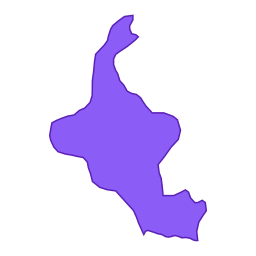 Changdo, Kangwŏn-do, North Korea
{"feature_id": "82179303B43918374415643", "entity_name": "Changdo", "entity_type": "district", "adm_level": 2, "iso_a3": "PRK", "parent_name": "North Korea", "parent_adm1": "Kangwŏn-do", "projection": "equal_earth", "projection_center": [127.856, 38.569], "detail": "fine", "context": "isolated", "style": "filled", "palette": "violet", "viewbox_px": 256, "rotation_deg": 0, "n_neighbors": 0, "source": "geoboundaries", "source_scale": "gbopen_adm2", "svg_char_len": 1576}
<svg xmlns="http://www.w3.org/2000/svg" viewBox="0 0 256 256"><path d="M132.9,15.4L124.5,16.5L118.2,21.0L112.8,25.6L110.7,29.0L108.5,35.9L107.5,40.5L104.3,45.1L100.0,49.6L95.7,54.2L94.6,61.1L93.5,72.6L92.4,80.6L92.3,88.6L92.2,95.5L90.1,102.4L84.7,108.1L79.4,110.4L74.1,115.0L67.8,116.1L61.4,118.4L56.1,120.6L55.1,121.2L51.9,122.9L50.8,128.7L49.7,135.6L49.9,136.5L50.7,140.2L53.8,147.0L58.0,151.7L65.3,154.0L71.7,155.1L76.9,156.3L83.2,157.5L87.4,162.1L88.4,167.8L90.5,173.6L92.5,181.6L99.9,187.4L107.2,189.7L115.7,190.9L123.0,198.9L128.2,204.7L133.5,210.5L136.6,217.4L138.6,223.1L143.8,234.5L145.4,231.5L146.4,230.9L147.0,230.5L148.6,230.6L154.8,232.6L157.9,233.8L158.6,233.9L160.1,234.1L162.7,234.9L163.7,235.5L165.3,236.5L168.6,237.1L169.2,236.9L171.1,236.6L174.7,235.5L175.8,235.8L177.6,236.1L180.9,237.4L181.8,237.8L186.1,237.5L186.8,237.7L189.7,238.1L193.3,239.9L194.3,240.3L196.8,240.6L197.7,240.5L196.7,231.3L198.8,222.1L203.1,215.3L206.3,210.7L205.3,202.6L202.2,200.3L197.9,202.6L194.8,202.6L190.6,198.0L188.5,192.2L185.4,189.9L181.1,192.2L173.7,195.6L168.4,195.6L163.1,195.6L162.2,186.4L161.2,178.4L159.1,172.6L158.1,164.6L164.5,156.5L170.9,147.4L178.3,139.4L180.5,130.2L177.4,119.8L173.2,116.4L163.8,112.9L158.5,112.9L152.2,112.9L145.9,106.0L142.8,101.4L140.7,97.9L136.5,94.5L131.2,93.3L127.1,91.0L123.9,85.3L119.8,80.7L117.7,73.8L115.6,70.3L113.6,64.6L113.6,58.9L115.8,54.3L118.9,52.0L127.4,46.3L131.7,42.9L135.9,39.4L138.0,37.1L138.3,36.8L135.9,34.8L131.7,33.7L129.7,29.1L129.7,25.7L132.9,19.9L132.9,15.4Z" fill="#8b5cf6" stroke="#5b21b6" stroke-width="1.5"/></svg>